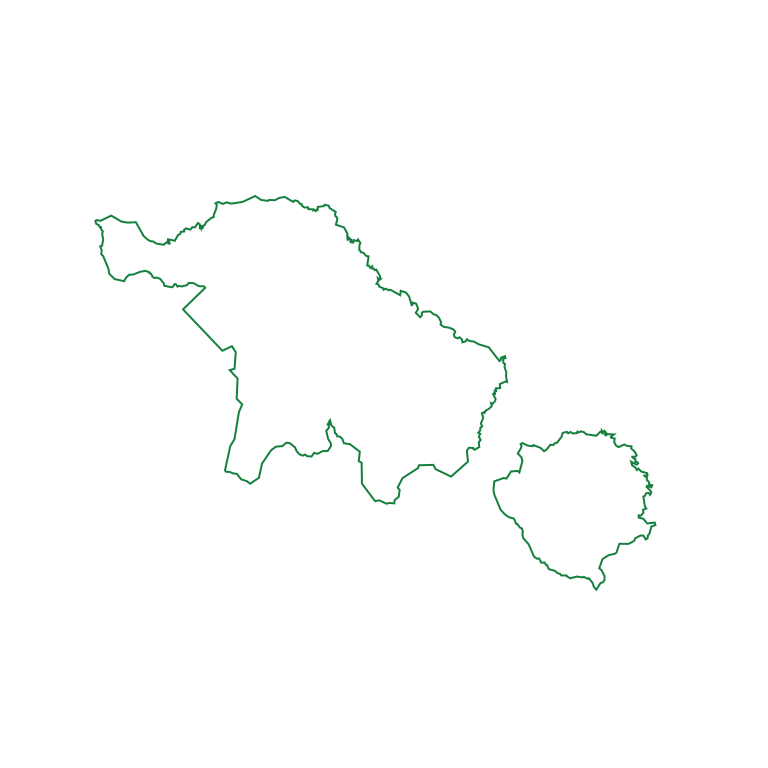 Bosome Freho, Ashanti, Ghana (Robinson projection), rotated 331°
{"feature_id": "2480657B30283206314404", "entity_name": "Bosome Freho", "entity_type": "district", "adm_level": 2, "iso_a3": "GHA", "parent_name": "Ghana", "parent_adm1": "Ashanti", "projection": "robinson", "projection_center": [-1.315, 6.307], "detail": "fine", "context": "isolated", "style": "outline", "palette": "green", "viewbox_px": 768, "rotation_deg": 331, "n_neighbors": 0, "source": "geoboundaries", "source_scale": "gbopen_adm2", "svg_char_len": 6167}
<svg xmlns="http://www.w3.org/2000/svg" viewBox="0 0 768 768"><g transform="rotate(331 384 384)"><path d="M431.4,245.0L429.8,246.0L427.4,243.6L425.7,245.4L423.7,243.9L423.8,242.9L425.0,243.3L425.5,242.0L424.3,240.2L422.3,240.3L422.6,238.7L424.3,239.2L423.6,236.3L424.9,234.9L424.9,227.6L419.2,221.4L423.3,216.9L423.6,215.3L422.9,213.7L423.6,211.5L425.2,210.1L421.7,203.7L422.1,201.3L419.2,198.5L417.7,199.3L412.0,197.0L410.4,199.5L410.0,198.8L408.1,199.7L407.2,197.2L406.3,197.5L406.5,196.8L402.6,194.3L403.2,192.7L399.8,190.9L398.6,188.0L399.2,186.8L397.9,185.5L397.1,182.0L394.6,180.0L392.9,180.7L387.9,172.3L382.8,170.5L377.8,170.4L372.9,167.4L371.2,167.5L365.9,163.6L362.4,157.1L348.7,156.2L337.8,152.2L334.4,148.8L330.4,148.4L327.4,144.6L325.4,144.2L324.2,144.3L324.7,146.1L322.3,149.3L317.4,153.3L315.9,155.5L313.7,155.0L307.1,156.1L303.9,158.2L300.7,157.2L300.3,158.4L301.3,159.5L300.7,159.8L299.8,158.4L299.4,159.0L299.5,157.8L298.1,159.3L300.3,155.0L299.3,153.0L294.5,155.3L292.5,154.0L289.4,155.0L286.2,151.9L283.9,152.2L283.3,153.8L279.9,152.4L278.6,154.0L276.2,153.8L270.5,157.3L265.3,152.7L264.5,153.7L265.2,154.9L264.6,157.2L263.6,156.8L263.3,154.6L258.8,155.4L252.5,150.3L251.5,147.7L248.9,145.8L247.2,142.9L245.5,138.0L245.4,122.2L238.4,118.8L233.1,114.7L227.1,104.5L215.1,103.8L211.9,101.2L210.6,101.4L210.0,104.4L211.6,106.8L211.4,108.9L212.6,109.7L211.6,110.9L212.0,114.4L210.3,115.9L208.4,121.6L204.3,126.5L202.5,126.0L202.0,130.0L199.7,133.3L200.4,136.1L198.8,149.9L197.1,154.3L199.3,161.6L206.5,168.1L209.6,166.1L214.0,164.9L218.2,166.8L225.0,167.6L230.3,169.4L233.1,172.8L232.6,173.4L233.8,174.8L233.5,177.9L234.7,180.1L237.1,180.9L239.2,183.6L240.2,189.0L239.5,191.5L245.0,196.4L246.6,196.6L249.1,195.1L250.3,195.8L250.6,198.7L251.7,198.5L254.5,200.7L259.6,202.0L262.1,200.9L266.3,203.4L269.5,208.7L274.0,211.4L274.2,213.2L244.4,221.3L258.8,276.6L269.3,277.2L269.8,284.3L260.7,298.2L255.8,297.1L258.6,308.2L248.0,325.5L250.1,333.1L243.5,338.2L226.6,359.7L219.5,363.7L203.1,382.4L203.2,384.1L206.5,386.1L208.4,388.8L211.7,391.2L212.9,398.2L216.9,402.4L218.6,406.3L229.1,405.4L238.7,394.5L253.1,387.2L259.0,386.4L264.9,389.0L270.3,388.1L272.9,390.0L275.5,396.4L275.0,400.5L276.0,404.6L278.3,407.3L280.8,407.4L281.7,409.8L285.4,412.3L289.6,410.3L291.9,412.9L297.6,412.9L302.2,415.3L307.5,412.6L308.7,410.2L308.5,404.9L310.8,396.9L314.5,395.6L315.5,393.9L315.1,392.1L316.1,391.5L316.8,392.3L317.9,390.1L319.3,389.5L318.1,393.5L318.2,395.8L319.3,398.0L317.3,403.2L318.2,404.8L317.7,407.0L319.8,408.6L321.0,411.8L320.2,416.4L325.1,420.2L330.0,431.5L324.5,439.3L326.3,442.0L316.4,460.4L319.4,482.1L323.5,483.5L328.0,489.8L331.3,490.8L335.1,493.4L337.0,490.8L342.3,489.7L346.4,484.1L345.7,481.3L354.5,475.3L373.2,474.0L375.1,472.0L387.9,478.6L387.9,483.6L397.8,497.5L419.8,492.6L424.2,482.5L427.3,480.9L431.0,483.2L430.7,484.4L431.6,485.5L436.8,485.3L438.7,480.8L441.4,479.8L441.4,476.0L444.0,474.3L442.8,472.4L445.7,471.2L447.1,468.9L449.3,468.7L449.6,465.5L454.4,461.7L455.4,457.0L457.7,457.1L457.9,457.9L459.9,456.6L463.6,456.6L467.7,455.5L468.4,452.5L469.6,453.9L472.8,452.8L474.4,451.2L474.5,445.8L475.3,445.4L476.3,446.4L477.5,443.5L478.6,444.5L479.7,442.0L483.6,443.9L485.3,440.2L492.0,440.8L492.7,441.8L494.6,436.0L496.5,433.5L497.7,427.5L499.5,425.2L498.6,423.4L500.4,419.9L502.9,420.2L503.3,418.2L498.9,417.8L497.5,419.9L496.1,419.9L493.4,402.7L485.9,395.0L483.3,390.6L479.6,387.8L478.2,385.1L476.1,386.3L472.8,385.6L473.8,382.7L472.8,379.8L470.3,379.7L468.5,377.1L469.1,374.6L471.7,372.8L471.2,370.0L468.6,366.6L463.8,362.8L462.3,359.5L463.9,357.5L464.2,353.0L463.2,349.1L461.3,347.2L459.7,343.0L453.3,339.8L451.5,340.1L450.3,342.4L448.0,343.2L446.3,337.2L450.3,334.8L451.1,329.3L448.6,326.8L447.4,328.5L446.4,328.4L448.4,319.7L447.5,314.5L443.8,310.6L441.2,314.2L435.2,304.6L433.6,304.3L431.5,301.3L429.4,301.4L429.6,299.8L427.0,296.4L427.5,294.4L426.0,292.7L429.1,291.0L429.9,288.4L430.9,290.7L432.5,290.4L432.1,289.2L432.8,287.6L432.7,280.2L431.0,279.8L431.1,278.4L429.7,277.5L430.7,275.4L428.3,275.8L428.2,273.4L426.8,272.2L432.4,264.9L430.6,263.5L429.4,259.0L427.5,257.4L428.0,256.1L427.3,254.8L430.2,250.2L431.7,249.3L431.4,245.0ZM550.2,530.6L544.6,532.2L536.5,526.0L535.5,523.0L533.1,520.8L531.1,520.9L530.1,519.4L528.9,520.5L525.2,518.8L523.9,516.4L521.1,516.4L520.9,514.8L518.3,513.7L516.4,513.5L513.9,516.1L506.9,519.3L505.3,518.6L502.7,519.4L499.8,517.8L494.8,520.1L491.4,520.4L490.0,515.8L485.1,509.9L484.2,510.6L480.2,507.9L476.4,502.8L474.4,502.7L474.3,504.7L472.9,506.3L467.3,509.7L468.7,514.8L467.6,518.6L459.5,527.0L458.7,524.8L452.6,522.1L445.3,526.1L443.2,524.3L433.3,522.6L428.3,529.8L426.9,534.0L425.0,550.5L426.5,556.5L428.7,561.1L432.4,564.7L431.8,570.4L432.7,571.0L433.3,575.6L434.6,577.1L434.1,580.1L432.3,582.3L431.1,586.2L432.8,594.5L431.5,607.7L433.2,611.1L435.1,611.8L434.9,616.6L437.9,618.0L438.0,621.0L438.8,621.6L438.4,625.8L443.1,630.5L444.1,633.7L445.9,635.2L446.1,637.3L450.9,640.0L450.7,641.0L452.7,644.2L459.3,645.9L464.0,649.5L465.0,649.4L468.1,653.4L469.0,653.3L470.0,659.1L469.2,663.4L470.0,666.8L477.0,663.0L479.3,663.6L481.9,662.3L483.8,658.8L484.0,652.2L482.9,649.6L490.1,643.1L497.4,642.6L504.0,644.5L505.8,644.0L512.4,637.9L520.4,642.4L526.8,642.5L528.9,640.7L534.9,640.9L537.4,642.4L537.6,646.9L539.7,646.7L541.4,644.4L543.6,643.6L548.7,638.3L552.9,639.0L553.6,636.4L546.6,633.6L545.5,627.6L542.0,624.4L543.0,622.4L545.0,623.7L548.5,622.4L549.6,619.6L553.0,620.1L553.0,617.0L556.3,608.2L558.0,608.3L560.1,606.7L562.7,607.5L562.9,609.9L565.0,608.6L565.5,607.0L563.8,601.4L564.8,600.6L567.7,604.0L569.5,602.6L567.2,600.4L568.3,598.2L567.3,595.4L569.0,592.5L567.3,591.4L567.3,590.4L570.3,591.4L570.9,589.5L566.5,585.3L565.5,581.3L563.4,581.8L563.4,579.2L561.6,575.5L562.5,571.8L565.6,576.9L567.7,576.7L567.8,575.3L566.1,573.6L567.4,571.9L565.7,568.6L565.9,568.0L568.8,569.5L570.4,568.8L570.5,564.7L568.9,560.3L570.3,558.5L566.4,555.8L564.9,553.4L558.4,552.9L557.0,549.8L557.2,546.3L559.3,543.6L556.6,541.1L556.9,540.1L560.7,539.6L555.4,536.4L552.9,536.4L552.9,534.6L554.7,534.7L554.1,531.9L552.3,532.5L552.0,530.6L551.1,532.6L550.2,530.6Z" fill="none" stroke="#15803d" stroke-width="2"/></g></svg>